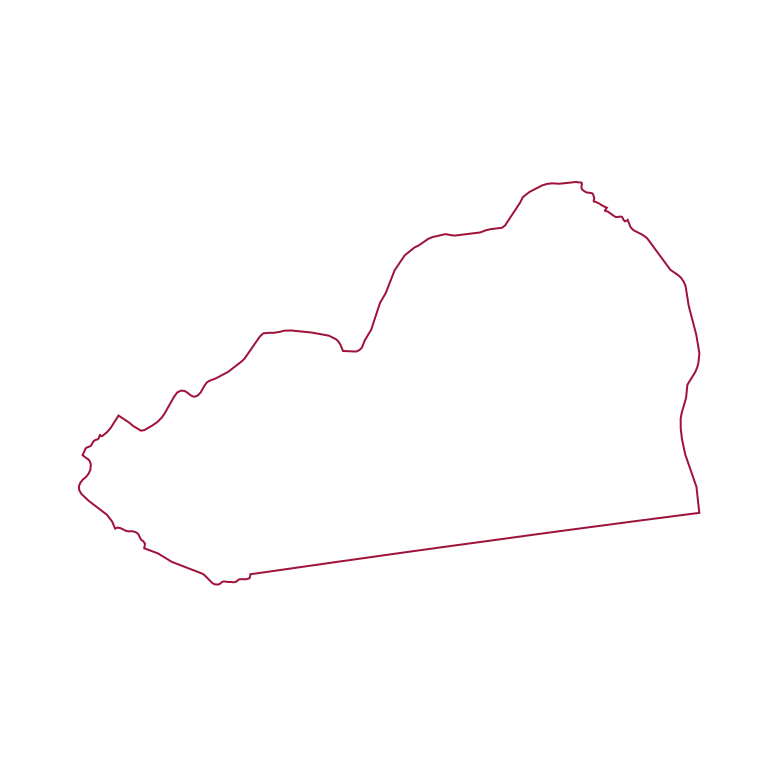 the Province of Cunene, rotated 352°
{"feature_id": "AGO-1889", "entity_name": "Cunene", "entity_type": "Province", "adm_level": 1, "iso_a3": "AGO", "parent_name": "Angola", "parent_adm1": "", "projection": "orthographic", "projection_center": [15.075, -16.287], "detail": "fine", "context": "isolated", "style": "outline", "palette": "rose", "viewbox_px": 768, "rotation_deg": 352, "n_neighbors": 0, "source": "natural_earth", "source_scale": "10m", "svg_char_len": 2780}
<svg xmlns="http://www.w3.org/2000/svg" viewBox="0 0 768 768"><g transform="rotate(352 384 384)"><path d="M191.8,559.5L188.4,558.8L186.2,557.1L179.4,548.0L177.5,546.4L163.6,538.7L149.4,530.8L136.4,520.2L123.7,513.3L125.1,508.9L123.8,506.3L121.7,504.3L119.7,498.2L117.4,496.1L114.4,494.8L110.8,494.4L108.2,493.6L102.9,490.0L100.2,489.1L97.6,489.8L95.6,482.3L91.4,474.9L75.3,458.6L69.0,450.7L67.4,446.6L67.7,442.7L69.6,439.5L72.5,436.7L75.7,434.8L78.9,431.8L81.3,428.0L82.5,423.0L81.9,419.6L81.0,417.8L79.9,416.8L78.5,415.6L75.6,412.5L77.9,409.0L78.9,407.2L79.3,406.5L80.0,406.0L80.9,405.5L82.6,405.2L84.0,404.8L85.4,404.2L88.2,400.5L89.1,399.8L90.8,399.2L91.8,399.1L92.8,398.9L93.7,398.3L95.6,395.0L96.1,395.3L96.5,395.9L97.0,396.3L97.6,396.3L98.4,396.0L103.2,393.0L107.1,389.6L116.7,378.3L126.2,386.7L129.7,390.6L136.8,396.4L140.3,396.3L149.2,392.7L154.9,389.7L159.0,386.5L162.3,383.1L173.8,368.1L178.0,363.6L182.1,362.3L185.7,363.2L188.7,365.8L191.1,368.4L193.4,369.9L195.4,370.2L198.2,369.3L201.3,366.8L206.2,360.4L208.7,357.9L211.0,356.7L218.0,355.1L231.3,350.3L246.7,341.5L249.5,339.4L267.1,320.3L268.9,318.8L271.7,317.0L278.4,317.4L281.8,318.0L288.7,317.8L292.3,317.3L299.2,318.0L319.6,323.0L336.2,328.5L342.6,332.9L344.6,335.3L346.3,338.9L348.0,345.6L361.0,348.0L364.1,347.1L367.1,345.0L371.1,338.0L378.9,328.4L391.3,303.2L398.3,294.3L410.4,272.8L422.4,259.5L433.3,253.0L437.5,251.7L448.0,246.4L452.3,245.3L464.7,244.2L466.5,244.3L471.5,246.1L475.0,246.9L500.4,247.3L506.4,245.9L511.2,245.5L522.7,245.7L526.0,243.8L544.1,223.2L547.5,218.3L554.9,214.0L568.4,209.3L573.7,208.5L578.4,208.7L585.6,210.1L602.8,210.7L604.5,211.4L606.4,211.7L607.8,212.3L607.8,213.7L607.2,215.5L606.8,217.4L607.5,219.2L609.3,221.1L611.5,222.6L616.4,223.9L617.5,225.4L618.1,229.6L617.2,231.5L617.2,232.5L618.6,232.9L622.6,235.5L624.1,237.0L627.8,239.6L629.2,240.4L628.5,241.1L627.8,242.0L627.2,242.5L627.1,243.4L628.8,244.0L630.1,244.8L635.6,250.1L637.0,251.0L638.6,251.1L641.8,251.1L643.0,251.8L644.3,255.3L645.3,256.5L646.1,256.3L647.4,255.8L648.1,255.4L650.0,262.9L650.8,264.3L652.6,266.5L660.8,272.3L664.7,276.0L683.5,310.8L690.4,317.1L692.8,319.9L695.1,324.6L696.3,329.3L696.6,348.8L700.1,378.7L700.6,397.5L698.3,406.7L696.5,411.1L693.8,415.6L684.3,427.0L681.2,439.8L674.6,454.5L672.9,459.8L671.6,469.9L671.4,480.0L672.5,495.7L679.1,529.4L678.3,555.4L678.3,555.5L653.3,555.2L615.5,554.8L577.6,554.5L539.8,554.2L502.0,554.0L464.1,553.9L426.3,553.7L424.6,553.7L388.4,553.6L350.6,553.6L312.7,553.6L274.9,553.7L237.0,553.8L227.0,553.8L226.9,553.8L225.2,553.8L225.1,554.6L223.7,557.7L220.5,558.2L214.0,557.2L212.9,557.5L210.6,558.9L209.0,559.4L207.3,559.4L204.9,558.7L201.7,558.3L199.0,557.4L197.3,557.2L196.0,557.6L193.6,559.1L191.8,559.5Z" fill="none" stroke="#9f1239" stroke-width="2"/></g></svg>